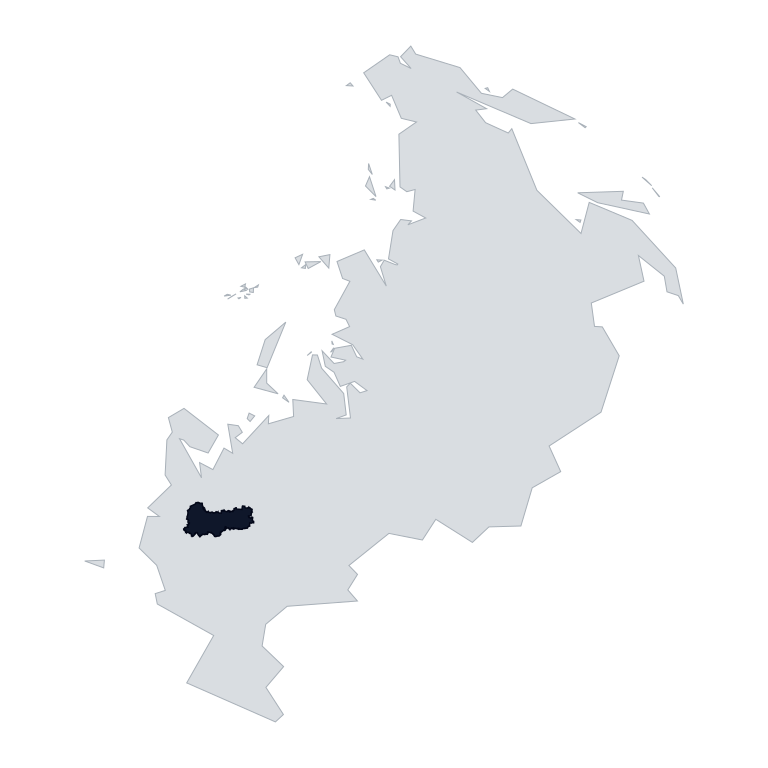 Vologda on a map of Russia (orthographic projection)
{"feature_id": "RUS-2359", "entity_name": "Vologda", "entity_type": "Region", "adm_level": 1, "iso_a3": "RUS", "parent_name": "Russia", "parent_adm1": "", "projection": "orthographic", "projection_center": [40.382, 60.042], "detail": "fine", "context": "in_parent", "style": "filled", "palette": "ink", "viewbox_px": 768, "rotation_deg": 0, "n_neighbors": 0, "source": "natural_earth", "source_scale": "10m", "svg_char_len": 9400}
<svg xmlns="http://www.w3.org/2000/svg" viewBox="0 0 768 768"><path d="M675.7,268.0L683.3,304.1L678.3,295.6L667.0,291.8L664.3,276.2L638.4,255.5L644.0,281.2L591.3,303.0L594.5,326.4L602.3,326.9L619.2,355.8L601.0,412.2L549.1,446.0L560.7,471.6L532.2,487.8L520.9,526.0L488.9,526.9L472.4,542.4L435.8,519.3L422.4,540.0L388.9,533.4L348.9,565.5L357.5,574.4L347.8,589.9L357.4,601.0L287.1,606.3L265.7,624.3L262.1,646.0L283.6,666.6L265.9,687.4L283.4,714.5L275.4,721.9L186.7,682.9L213.7,635.5L157.3,604.0L155.2,593.6L165.3,590.4L156.7,565.3L139.1,548.0L147.5,516.4L159.4,516.5L147.7,507.9L171.4,485.0L165.1,475.0L166.9,439.9L172.3,432.1L168.4,417.6L184.0,408.4L218.4,435.0L208.1,453.0L189.9,446.7L183.8,440.1L179.5,438.7L201.5,477.8L199.6,462.6L212.9,469.6L224.0,448.1L232.7,453.3L227.8,424.2L238.3,425.7L242.3,432.3L235.2,437.7L242.6,443.8L268.8,415.5L268.4,423.8L293.6,416.5L292.8,399.5L326.6,404.0L307.2,379.7L312.5,354.9L317.4,355.0L321.6,368.2L343.7,393.5L346.2,414.9L336.1,418.6L350.5,418.0L346.7,386.9L350.3,383.2L360.0,392.8L367.0,390.6L354.6,381.4L340.3,386.4L334.1,372.3L325.3,366.3L322.1,350.8L334.1,363.5L343.7,361.7L345.6,360.2L331.0,357.0L334.6,348.3L351.3,345.3L356.7,356.8L362.8,359.1L352.7,344.7L332.1,334.3L349.6,326.6L346.0,319.3L335.9,316.0L334.3,309.7L349.9,281.3L342.6,278.5L337.0,261.5L364.3,249.9L386.3,286.1L380.4,266.7L384.2,260.2L395.3,264.6L397.2,264.9L397.8,264.0L388.5,258.9L393.0,230.6L400.7,219.5L411.5,220.9L407.9,224.8L425.7,218.0L413.1,211.1L415.1,189.5L406.8,191.7L400.0,186.9L398.9,134.2L416.5,122.0L401.3,118.3L391.6,95.3L381.5,100.3L363.7,72.8L389.7,54.8L398.0,56.8L400.4,63.3L411.1,68.5L400.6,56.7L410.8,46.1L415.7,54.1L460.0,67.6L481.4,93.3L502.5,97.6L512.7,89.1L574.9,119.0L531.0,123.6L456.6,92.0L486.6,108.7L475.7,110.1L485.6,122.7L508.2,133.0L511.8,128.7L536.9,190.3L581.0,233.5L589.2,202.4L632.1,220.4L675.7,268.0ZM285.8,322.1L267.1,367.7L257.1,364.8L265.2,339.6L285.8,322.1ZM577.7,192.8L623.3,191.3L621.5,200.1L643.4,203.1L649.4,214.0L597.7,202.7L577.7,192.8ZM254.1,387.3L266.7,368.9L266.7,383.1L278.1,393.8L254.1,387.3ZM376.0,196.6L365.5,186.0L369.5,176.7L376.0,196.6ZM305.1,261.9L320.9,261.6L308.2,268.5L305.1,261.9ZM295.1,257.8L302.6,254.3L298.9,264.6L295.1,257.8ZM318.9,256.8L329.9,254.6L328.8,268.1L318.9,256.8ZM372.3,174.5L368.3,169.4L368.6,163.5L372.3,174.5ZM84.7,561.0L104.4,560.1L103.7,567.9L84.7,561.0ZM231.8,296.3L236.1,293.9L227.6,299.1L231.8,296.3ZM389.6,186.3L394.5,179.7L395.0,190.0L389.6,186.3ZM254.7,415.9L250.1,421.5L247.2,418.6L249.1,413.1L254.7,415.9ZM239.9,291.8L243.5,289.0L246.2,290.5L239.9,291.8ZM253.5,287.8L253.3,292.5L249.7,291.9L249.4,289.1L253.5,287.8ZM257.7,287.1L254.1,287.7L258.4,284.9L257.7,287.1ZM284.0,395.2L289.0,402.3L282.6,397.8L284.0,395.2ZM305.5,264.7L305.4,268.4L301.5,267.8L305.5,264.7ZM240.9,286.3L245.5,283.9L244.7,287.2L240.9,286.3ZM350.2,82.8L353.0,86.0L346.4,85.6L350.2,82.8ZM227.3,294.3L230.9,295.2L224.1,296.1L227.3,294.3ZM311.4,352.2L307.2,355.5L311.2,351.8L311.4,352.2ZM376.8,259.8L382.1,260.1L378.3,262.1L376.8,259.8ZM386.1,102.1L390.2,104.2L390.1,106.3L386.1,102.1ZM249.0,294.9L246.1,294.1L250.4,294.2L249.0,294.9ZM245.7,287.1L248.2,289.5L244.7,288.5L245.7,287.1ZM642.0,177.1L645.7,179.6L651.7,185.7L642.0,177.1ZM244.7,295.8L247.3,298.1L244.8,298.3L244.7,295.8ZM333.8,347.7L331.8,351.7L330.8,351.8L333.8,347.7ZM487.7,87.7L489.4,91.4L485.2,88.4L487.7,87.7ZM385.5,186.7L389.4,188.1L386.8,188.9L385.5,186.7ZM576.2,219.6L580.9,220.0L580.1,222.4L576.2,219.6ZM578.4,122.6L586.2,126.7L585.1,127.7L578.4,122.6ZM241.0,297.4L238.9,298.8L238.0,298.0L241.0,297.4ZM331.8,340.9L333.3,344.4L332.1,344.0L331.8,340.9ZM373.3,198.4L375.8,200.2L370.8,199.4L373.3,198.4ZM658.8,196.4L652.2,187.8L659.8,196.8L658.8,196.4Z" fill="#d9dde1" stroke="#a8b0b8" stroke-width="1"/><path d="M202.1,503.2L202.3,503.7L202.2,504.3L202.3,504.9L202.5,505.2L202.4,505.9L202.7,506.2L202.9,506.7L203.0,506.8L202.9,507.4L203.4,507.5L203.7,507.4L204.1,507.7L203.9,507.9L203.9,508.3L204.2,508.8L204.0,509.4L204.2,510.0L204.8,510.1L205.0,509.7L205.3,510.6L205.3,511.2L206.2,511.4L206.4,512.3L206.6,512.4L207.4,512.3L207.6,511.8L207.7,511.7L208.0,511.7L208.2,511.4L208.6,512.2L209.3,512.7L209.4,513.1L209.4,512.9L209.3,512.6L209.4,512.4L210.0,512.5L210.3,512.8L210.6,512.5L211.9,512.1L212.2,512.3L212.5,512.2L213.4,513.1L213.6,513.2L213.8,513.1L214.0,512.8L214.7,512.9L215.0,512.7L215.7,512.6L215.9,512.3L215.9,511.9L216.1,511.7L216.6,512.0L216.8,512.4L217.2,512.3L217.5,512.1L217.9,511.8L217.9,512.2L218.2,512.4L219.6,513.2L220.5,513.1L221.1,513.2L221.1,512.7L221.5,511.6L221.5,511.4L221.3,510.9L222.1,510.4L222.7,510.5L222.8,510.5L222.9,510.9L223.1,511.0L223.3,510.8L223.6,510.3L223.9,510.2L224.1,510.4L224.2,510.1L224.3,510.2L224.4,510.5L224.2,510.7L224.4,511.0L224.8,511.0L226.8,511.7L227.2,511.4L227.7,511.5L227.7,511.4L227.7,511.0L228.2,510.6L229.1,510.7L229.5,511.1L229.6,511.5L229.8,511.4L230.0,511.7L230.0,512.0L230.4,511.9L230.9,511.2L231.3,511.4L232.9,511.5L232.9,511.4L232.9,510.6L234.1,510.0L234.0,509.8L234.1,509.4L234.1,508.6L234.5,508.5L234.8,508.5L235.1,508.3L235.5,508.2L235.6,507.9L235.9,507.8L236.2,507.8L236.2,508.8L236.5,509.0L237.8,509.2L242.0,509.4L242.4,506.2L242.6,506.0L244.8,506.3L244.8,507.5L245.4,507.9L247.7,508.2L247.8,507.8L248.2,507.7L248.4,507.5L248.6,507.4L248.8,507.1L249.2,507.7L250.1,507.9L250.2,508.6L250.3,508.7L251.0,508.8L251.3,509.1L251.8,509.1L252.1,509.4L251.9,510.7L251.6,511.3L252.0,511.5L252.0,511.9L252.2,512.1L251.8,512.4L251.6,512.7L251.2,513.0L251.4,513.4L251.3,513.8L251.2,514.3L251.2,514.5L251.1,514.9L251.2,515.1L250.9,515.8L250.3,515.7L249.6,516.0L249.1,515.9L248.8,516.1L248.5,516.1L248.5,516.3L248.8,516.6L249.0,517.3L248.9,517.5L249.0,517.6L249.5,517.6L250.3,518.0L250.6,517.9L250.8,518.1L251.1,517.8L251.6,517.9L251.9,517.2L252.6,517.3L252.7,517.5L252.3,520.3L252.4,520.8L252.6,521.0L253.5,521.2L253.6,521.5L253.7,521.8L253.6,522.8L252.3,522.7L251.9,522.8L251.6,523.1L249.7,523.0L249.6,524.5L249.6,525.0L249.7,526.1L248.6,526.3L248.5,526.6L247.9,526.8L247.6,527.4L247.5,528.0L247.3,528.2L246.5,528.2L246.0,528.0L245.8,528.3L245.1,528.3L244.9,528.5L244.7,528.3L244.2,528.2L243.9,528.5L242.7,528.5L242.4,528.7L242.4,529.2L242.1,529.3L238.7,529.1L238.4,529.3L238.0,529.0L237.6,528.9L237.4,528.5L237.3,528.4L236.1,528.7L235.5,528.4L235.1,528.3L235.0,528.2L234.6,528.4L234.1,529.0L233.8,529.2L233.6,529.0L233.7,528.4L233.6,528.2L233.5,527.8L232.7,528.1L232.7,528.3L232.8,528.7L232.7,528.8L231.6,528.3L231.5,528.0L231.4,528.0L231.4,528.3L231.1,528.5L230.9,528.9L230.2,529.1L230.0,529.5L229.9,529.3L229.7,529.4L229.3,528.9L228.9,528.8L228.8,528.5L228.9,528.3L228.8,528.1L228.5,527.8L227.0,528.1L226.9,528.4L226.7,528.5L226.1,527.9L226.1,527.7L226.1,527.0L225.3,526.7L225.1,527.2L225.0,527.9L224.8,528.2L224.9,528.5L225.5,528.7L225.6,528.8L225.5,529.6L225.3,530.1L224.7,530.2L224.4,530.5L224.1,530.4L223.7,530.1L223.3,530.6L222.4,531.1L222.3,531.3L221.4,532.0L221.0,531.6L220.5,531.9L220.4,532.2L220.4,532.5L220.8,532.5L220.9,532.9L220.8,533.0L220.5,533.2L220.5,533.5L220.2,533.7L220.7,534.5L219.8,535.4L219.6,535.6L219.1,536.0L217.6,536.1L217.3,535.9L217.0,536.1L216.8,536.3L216.6,536.4L215.6,536.5L215.4,536.6L214.6,536.4L214.3,535.9L214.2,535.2L213.8,535.1L213.7,534.5L213.5,534.2L212.8,534.1L212.6,533.5L211.9,533.2L211.4,532.5L211.0,532.9L210.1,532.5L209.8,532.3L209.3,532.4L208.6,532.0L208.2,532.2L207.6,532.0L207.6,532.4L207.5,532.6L207.8,532.8L208.0,533.1L207.4,533.7L207.5,534.1L207.4,534.3L207.0,534.3L206.9,534.2L206.1,534.2L205.9,534.0L205.4,533.8L205.2,534.2L204.9,534.6L202.4,534.2L202.2,534.5L201.8,535.2L201.5,535.5L201.1,535.3L200.5,535.3L200.2,536.5L199.9,536.8L199.4,536.3L199.2,535.8L198.9,535.6L198.5,535.2L197.5,533.6L197.5,533.0L197.2,532.5L196.9,532.5L196.4,532.9L195.6,532.7L195.2,533.1L195.4,533.6L195.2,534.0L194.7,533.9L194.7,534.3L194.3,534.9L194.0,535.3L193.5,535.5L193.5,535.8L193.4,536.0L192.4,536.4L192.4,536.2L192.1,535.9L191.9,535.9L191.8,536.2L191.5,536.0L191.7,535.5L191.9,535.3L191.8,535.1L191.4,535.0L191.4,534.7L191.3,534.1L190.6,533.7L190.4,533.4L189.4,533.4L189.3,533.2L189.7,533.0L189.2,532.4L188.9,532.6L188.7,532.6L188.5,532.4L187.3,532.2L186.8,532.6L186.6,533.0L186.2,532.6L186.2,532.3L185.7,532.4L185.9,531.6L186.1,531.2L185.9,531.0L185.3,531.2L185.2,531.1L185.3,530.9L185.0,530.9L184.8,530.6L184.2,530.3L184.5,529.7L184.1,529.7L183.7,529.4L183.7,529.0L184.1,529.0L184.2,528.6L184.9,527.5L185.0,527.5L185.6,527.5L186.4,527.4L186.8,527.1L187.6,527.1L187.3,526.8L187.3,526.7L187.8,526.4L188.0,525.9L188.1,525.7L187.8,525.6L187.7,525.2L187.3,525.0L187.2,524.9L187.4,524.8L188.3,525.1L188.4,524.9L188.1,524.6L188.4,524.4L188.5,523.3L189.0,523.6L189.3,523.4L189.4,522.9L189.3,522.7L188.4,522.8L188.1,522.6L188.0,521.6L188.1,520.7L188.3,520.4L188.6,520.3L188.3,519.7L187.3,519.4L187.2,519.3L186.6,519.1L186.6,518.9L187.1,518.4L187.1,518.1L187.0,517.7L187.1,516.3L187.6,515.6L187.8,514.4L188.0,512.8L187.9,512.0L187.9,511.7L187.8,511.3L187.6,510.9L187.5,510.7L188.1,510.1L188.3,509.9L189.2,509.8L189.4,509.7L189.7,509.2L189.6,508.8L189.6,508.5L190.4,507.7L190.5,507.4L190.8,507.0L190.7,506.7L190.4,506.3L195.1,504.2L195.8,502.9L196.1,502.6L197.2,502.8L198.0,502.3L199.0,502.9L199.4,502.9L199.4,503.0L199.5,503.4L202.1,503.2ZM203.7,509.0L203.8,508.9L203.6,508.6L203.3,508.5L203.2,508.6L203.3,508.9L203.7,509.0ZM239.2,529.1L239.3,529.0L239.3,528.8L239.1,528.5L239.0,528.4L238.9,528.6L238.9,528.8L239.2,529.1Z" fill="#0f172a" stroke="#020617" stroke-width="1.5"/></svg>